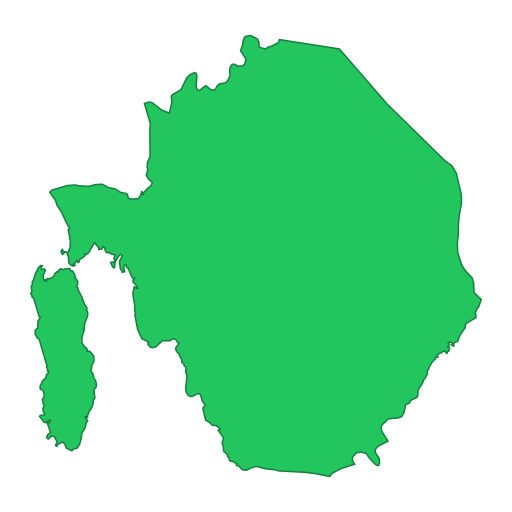 the district of Kaoh Kong, Kaôh Kong, Cambodia
{"feature_id": "14789045B37744308574617", "entity_name": "Kaoh Kong", "entity_type": "district", "adm_level": 2, "iso_a3": "KHM", "parent_name": "Cambodia", "parent_adm1": "Kaôh Kong", "projection": "natural_earth1", "projection_center": [103.11, 11.431], "detail": "fine", "context": "isolated", "style": "filled", "palette": "green", "viewbox_px": 512, "rotation_deg": 0, "n_neighbors": 0, "source": "geoboundaries", "source_scale": "gbopen_adm2", "svg_char_len": 5885}
<svg xmlns="http://www.w3.org/2000/svg" viewBox="0 0 512 512"><path d="M427.3,374.2L427.5,370.3L428.7,369.2L429.2,366.9L432.9,361.2L435.6,358.7L436.0,357.2L438.0,357.0L437.1,355.1L440.1,353.0L441.5,352.8L442.3,351.8L444.7,351.1L446.7,353.4L447.2,353.1L447.7,351.3L448.7,351.2L449.7,348.4L449.2,347.0L447.6,346.5L449.5,344.2L448.1,343.1L448.5,342.6L449.9,342.0L451.5,342.4L452.2,344.4L451.4,345.2L453.9,346.0L453.7,344.0L454.3,342.8L457.7,341.2L460.3,334.6L465.1,327.8L465.5,324.5L466.4,323.3L476.1,317.5L475.4,312.7L477.3,308.2L478.5,307.2L481.3,299.6L474.1,292.6L473.6,282.8L472.2,278.0L465.2,270.5L461.5,264.5L457.8,252.7L457.3,244.1L458.4,233.3L458.4,226.3L459.1,216.2L461.5,203.3L461.4,194.7L456.2,173.0L451.8,165.7L444.8,160.6L387.0,103.9L339.3,48.9L279.5,39.6L278.4,42.6L271.4,46.2L268.6,46.9L265.5,48.9L260.0,47.5L259.0,46.5L259.0,42.8L257.7,39.1L250.7,35.5L246.1,36.2L245.0,36.8L243.3,39.9L242.3,46.0L240.5,50.7L246.0,59.2L244.6,64.4L242.6,65.8L238.5,66.3L234.0,64.1L232.0,64.5L230.0,67.6L229.6,72.2L230.2,75.3L227.8,80.5L225.7,82.8L219.7,83.8L217.3,85.7L214.8,90.0L211.0,89.8L205.7,85.6L199.4,90.5L197.4,90.0L196.1,86.9L196.9,75.7L196.1,73.1L194.3,72.7L190.2,74.5L186.7,77.9L181.0,89.6L172.1,94.9L171.3,96.9L171.9,102.2L169.3,113.1L161.6,110.0L152.0,102.6L149.3,102.0L144.4,103.4L150.3,123.5L149.8,130.3L150.1,156.3L147.4,162.7L147.2,167.6L147.8,169.7L146.3,175.4L148.5,179.2L152.3,182.4L151.0,185.6L147.9,188.1L143.4,193.0L142.5,192.2L143.0,194.6L142.2,194.6L141.5,192.5L140.1,196.4L138.6,198.2L137.8,198.9L135.4,198.6L133.4,199.2L128.5,198.5L127.4,194.4L126.1,193.5L120.4,192.3L115.5,189.1L108.2,187.4L102.2,184.2L94.7,184.7L89.2,186.3L78.9,185.8L74.9,184.9L67.1,185.6L51.6,190.2L49.7,192.2L55.8,200.9L56.7,204.8L61.5,212.0L66.3,222.6L69.7,228.3L68.2,229.5L70.3,241.0L70.1,247.4L68.0,252.4L67.2,252.8L66.5,252.1L68.3,256.3L69.0,263.4L71.7,265.6L73.9,266.1L75.1,265.3L72.8,264.6L74.7,263.4L76.6,260.2L77.8,262.6L79.1,262.0L79.6,259.6L84.3,256.6L84.9,255.2L84.6,254.1L85.9,254.8L88.7,252.7L94.6,242.6L98.8,248.0L98.7,249.6L101.7,249.0L103.3,246.6L105.0,248.4L104.8,249.5L106.2,252.3L108.1,252.8L108.8,252.3L110.3,252.8L110.2,253.6L115.5,255.2L113.8,258.4L115.0,260.5L113.4,262.2L110.7,262.3L112.4,266.5L113.6,267.7L114.2,267.9L114.7,267.1L115.1,262.2L118.3,256.7L120.3,254.4L122.3,255.5L119.4,261.6L120.4,269.1L122.3,271.2L122.2,272.3L124.6,271.7L123.7,267.0L124.4,265.2L126.2,264.7L126.3,266.9L128.0,268.1L132.1,277.5L133.6,278.5L134.5,278.3L132.9,280.3L133.3,282.6L135.0,283.7L137.8,288.3L136.7,288.5L134.3,286.7L132.8,293.3L134.9,306.6L134.5,307.4L134.8,311.3L135.5,312.9L134.8,314.2L137.0,326.5L137.5,326.5L137.4,329.0L141.8,338.7L148.6,342.0L147.9,343.0L148.1,344.8L150.7,347.4L153.5,347.6L156.0,346.7L162.4,340.7L170.4,340.7L171.9,339.0L174.4,339.0L176.1,339.9L177.8,342.7L179.1,343.1L177.6,345.7L176.3,346.6L175.7,348.5L176.1,350.5L177.9,353.1L179.2,353.9L180.2,357.4L181.4,358.6L181.8,362.3L183.8,363.9L184.1,365.8L185.5,366.9L186.1,369.9L185.5,371.1L187.0,376.1L185.6,388.6L186.3,392.3L188.0,395.1L190.1,396.5L193.0,396.1L198.0,393.5L199.5,393.9L200.5,394.9L202.5,401.5L205.3,405.3L203.2,407.5L203.0,409.1L205.6,420.2L209.3,422.2L212.4,425.4L216.0,425.5L220.1,428.7L220.4,429.3L218.8,429.6L218.2,430.3L223.6,438.0L222.0,443.4L223.1,445.5L223.7,451.3L227.3,454.4L227.4,456.1L229.1,458.2L229.4,460.3L230.8,461.4L232.2,461.1L233.4,462.0L234.6,462.0L235.8,463.6L236.8,463.9L236.4,465.4L238.7,465.9L242.2,469.7L246.4,470.3L251.5,467.7L256.3,466.4L265.8,468.9L275.2,469.8L278.7,470.9L304.8,472.3L316.5,473.8L329.7,476.5L332.3,473.2L340.8,468.7L354.7,464.2L352.6,460.9L352.2,458.6L352.7,457.0L356.6,452.7L360.8,452.1L366.1,453.4L369.8,458.6L375.3,464.3L377.1,465.5L378.6,465.4L379.6,463.3L379.3,458.5L375.4,452.6L375.2,449.5L378.1,446.2L388.0,441.1L381.9,431.5L381.1,427.3L382.1,424.9L388.5,418.8L398.4,417.9L401.7,416.7L404.0,412.6L405.8,404.4L409.1,403.4L410.9,400.3L417.0,397.3L417.7,396.2L418.1,390.3L422.9,382.4L423.5,379.7L424.7,379.0L427.3,374.2ZM41.9,269.8L41.2,267.5L42.3,265.6L40.7,265.5L38.2,268.0L35.3,273.9L33.6,279.6L32.3,281.9L32.2,285.0L31.2,286.3L31.9,291.6L30.7,293.8L31.7,295.1L32.2,297.5L33.7,298.2L39.1,316.7L40.5,317.2L38.0,321.0L37.7,327.8L35.1,330.5L35.4,332.5L35.0,333.8L37.2,337.9L39.2,339.4L47.0,366.1L46.5,367.4L47.6,368.8L47.4,370.9L48.1,371.0L48.6,372.9L46.7,374.2L45.6,378.3L43.6,379.5L40.1,385.9L40.3,389.1L43.2,390.5L44.2,395.5L44.0,397.0L42.4,399.4L42.9,402.7L44.3,406.1L42.9,408.1L42.9,409.4L43.3,411.6L44.8,413.9L44.3,414.9L40.3,415.4L39.6,416.4L44.1,422.3L47.0,422.8L47.5,422.1L46.8,421.6L49.3,420.2L50.4,420.3L49.1,422.9L48.5,422.6L47.6,423.8L50.5,432.5L47.6,434.8L46.7,437.0L47.2,438.4L48.4,439.0L52.0,435.9L54.8,436.8L54.8,437.8L57.0,441.5L56.8,443.1L55.7,444.6L55.9,445.9L56.9,446.3L57.5,444.6L62.7,442.0L65.1,444.7L66.4,448.2L71.9,450.9L73.4,449.1L77.2,448.1L79.6,444.3L81.4,437.5L81.8,433.2L84.8,428.6L86.1,423.2L87.7,420.8L85.0,417.0L85.8,416.4L86.5,417.5L87.6,417.5L87.4,416.1L89.4,410.8L90.5,410.0L92.0,406.9L93.3,403.0L93.3,400.3L94.9,398.1L94.0,390.5L94.7,388.4L95.7,387.9L96.5,385.2L95.8,381.1L93.6,377.6L93.3,374.7L90.5,370.0L91.5,369.1L91.7,365.6L94.0,361.2L93.7,355.9L89.9,351.3L87.2,351.3L87.4,350.1L86.5,348.1L85.1,347.3L81.9,342.8L82.0,337.0L84.5,329.2L83.6,328.6L84.2,328.2L85.1,321.6L85.9,320.7L87.8,315.0L87.7,312.5L86.5,309.7L87.0,308.8L86.8,307.7L84.6,304.4L82.9,299.9L82.2,299.6L82.2,297.6L77.8,289.1L77.8,287.7L76.4,286.8L77.6,284.7L77.7,281.4L76.2,278.9L75.2,278.5L75.5,276.7L74.7,276.1L74.7,274.4L72.5,270.9L71.0,270.9L69.7,268.5L65.1,268.9L63.8,269.7L60.7,268.7L58.4,270.5L57.7,272.1L56.6,271.9L55.1,273.4L53.1,277.1L49.5,278.7L47.2,278.6L46.2,280.6L46.5,281.2L45.6,281.3L45.3,279.8L43.9,280.2L43.1,277.3L43.4,274.9L45.5,270.4L44.2,268.8L41.9,269.8ZM66.5,252.1L63.1,251.2L62.4,249.4L61.5,250.1L61.1,251.8L61.6,253.5L62.9,254.4L64.7,252.2L66.5,252.1Z" fill="#22c55e" stroke="#15803d" stroke-width="1.5"/></svg>